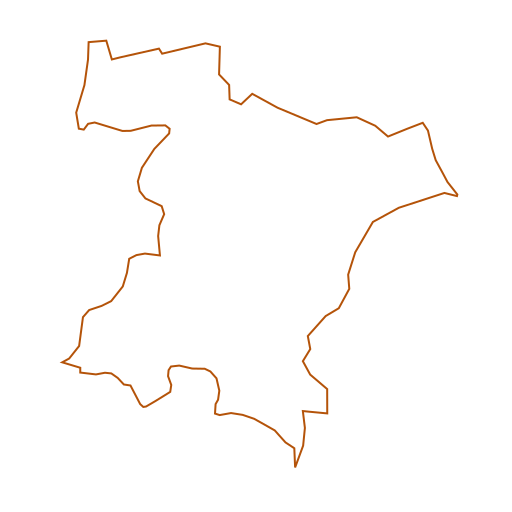 the district of Ashtarak, Aragatsotn, Armenia, rotated 96°
{"feature_id": "60910142B23777318825008", "entity_name": "Ashtarak", "entity_type": "district", "adm_level": 2, "iso_a3": "ARM", "parent_name": "Armenia", "parent_adm1": "Aragatsotn", "projection": "natural_earth1", "projection_center": [44.276, 40.353], "detail": "fine", "context": "isolated", "style": "outline", "palette": "amber", "viewbox_px": 512, "rotation_deg": 96, "n_neighbors": 0, "source": "geoboundaries", "source_scale": "gbopen_adm2", "svg_char_len": 1585}
<svg xmlns="http://www.w3.org/2000/svg" viewBox="0 0 512 512"><g transform="rotate(96 256 256)"><path d="M462.2,195.0L439.7,189.3L421.9,189.4L405.3,193.2L405.3,187.1L405.1,168.7L380.9,171.3L368.3,189.7L355.7,198.4L342.9,192.3L330.2,196.1L308.4,180.4L299.3,168.2L278.9,159.8L264.9,162.4L241.9,157.7L209.9,143.3L193.1,119.0L173.6,75.2L175.4,62.4L173.8,62.2L162.4,73.3L154.1,78.9L141.9,87.3L130.9,92.0L113.3,98.1L106.1,104.1L113.7,119.0L123.4,137.2L114.0,151.0L107.5,170.3L113.5,199.6L118.4,209.6L106.3,250.0L95.1,276.7L106.7,286.7L103.0,298.6L88.7,300.6L79.3,311.7L51.6,313.8L49.8,328.5L64.6,370.5L59.9,374.2L72.6,411.7L75.6,419.9L57.5,427.4L60.8,444.8L78.2,443.6L104.0,444.5L132.2,449.8L137.4,448.4L146.8,445.8L147.9,445.5L148.3,440.5L142.1,436.8L140.1,430.4L142.4,418.5L145.6,401.9L144.6,393.7L137.2,373.6L135.6,359.8L138.5,355.2L143.2,355.2L160.1,368.3L180.2,378.7L194.1,381.3L203.6,378.5L210.3,372.0L216.3,355.0L224.0,351.7L235.5,355.3L246.4,355.4L265.5,351.6L265.2,366.7L267.6,375.0L272.0,381.8L286.3,382.6L300.2,385.3L316.0,395.3L321.8,404.4L327.2,416.3L334.9,421.7L364.0,422.5L377.5,431.1L382.0,437.6L385.5,419.1L390.3,418.6L390.5,402.8L387.9,394.0L387.9,387.6L391.7,380.8L397.6,374.0L397.9,367.3L415.4,355.7L417.9,352.3L417.2,349.6L410.8,340.9L400.1,327.1L393.1,326.8L384.7,330.9L378.7,331.0L374.8,329.0L373.0,320.9L374.6,307.7L373.5,295.2L375.6,289.3L381.8,282.5L393.8,278.4L402.9,278.7L407.5,280.7L417.0,280.3L418.0,275.5L414.8,264.4L415.4,252.6L418.1,240.8L427.5,219.1L431.7,214.5L438.3,207.2L443.2,197.8L462.2,195.0Z" fill="none" stroke="#b45309" stroke-width="2"/></g></svg>